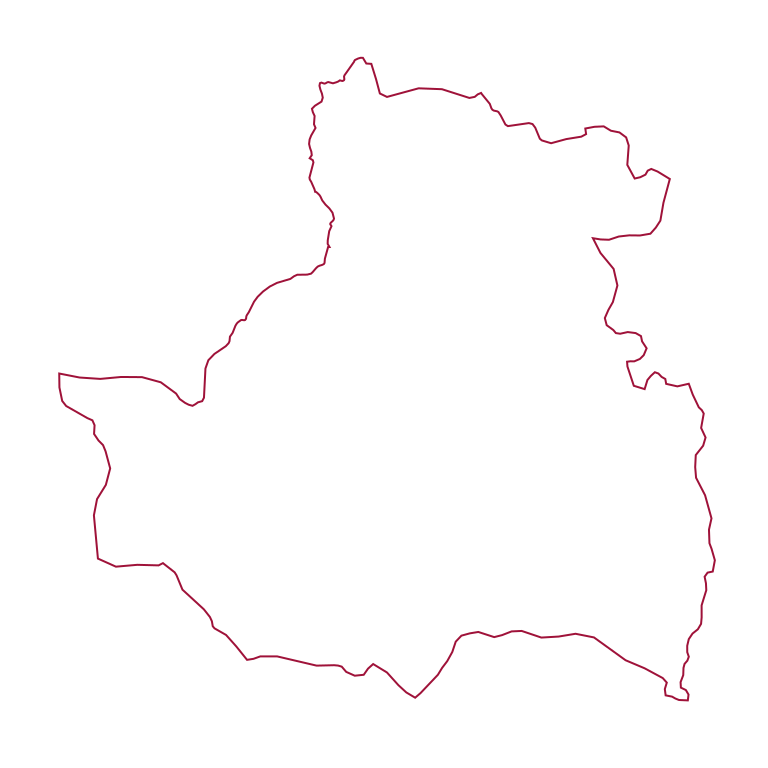 outline of Tabora, rotated 88°
{"feature_id": "TZA-3359", "entity_name": "Tabora", "entity_type": "Region", "adm_level": 1, "iso_a3": "TZA", "parent_name": "United Republic of Tanzania", "parent_adm1": "", "projection": "orthographic", "projection_center": [32.512, -5.492], "detail": "fine", "context": "isolated", "style": "outline", "palette": "rose", "viewbox_px": 768, "rotation_deg": 88, "n_neighbors": 0, "source": "natural_earth", "source_scale": "10m", "svg_char_len": 3912}
<svg xmlns="http://www.w3.org/2000/svg" viewBox="0 0 768 768"><g transform="rotate(88 384 384)"><path d="M710.8,91.4L710.1,100.2L708.5,103.8L706.5,107.0L705.0,113.4L698.7,114.0L692.3,111.8L687.6,115.7L677.2,133.5L668.5,152.2L644.6,183.0L640.3,201.3L642.5,218.3L642.9,235.6L635.6,255.0L635.7,265.1L639.1,274.8L640.8,282.7L635.1,298.4L636.2,306.9L638.2,315.4L644.0,321.3L654.2,325.1L663.2,330.5L669.7,335.8L676.5,340.3L694.2,358.3L698.6,363.8L693.0,372.5L685.5,380.1L672.4,391.1L663.5,404.6L667.9,409.9L673.9,414.4L674.5,423.4L670.4,431.8L665.0,436.1L663.8,439.7L663.3,443.6L663.1,461.2L652.5,500.3L651.9,517.1L654.1,524.0L654.9,530.5L641.1,540.8L629.3,550.6L622.3,561.9L620.1,563.6L615.1,564.3L610.8,566.1L602.9,571.9L582.5,592.6L568.0,598.0L564.9,599.8L555.3,611.2L557.4,615.6L556.1,636.9L557.2,658.3L548.5,676.0L505.1,678.5L489.0,674.8L475.1,665.5L458.8,660.6L441.6,664.6L435.3,666.9L430.5,671.3L423.8,675.5L415.1,674.7L410.1,676.7L407.7,681.7L394.9,702.4L389.7,706.2L376.1,708.5L362.2,708.2L366.9,688.0L369.0,667.4L367.8,646.5L368.7,625.6L374.5,607.0L386.3,592.1L391.9,588.7L395.9,583.5L397.9,579.9L399.1,576.1L397.6,573.2L395.8,570.5L394.8,566.3L391.4,564.4L362.3,561.9L354.1,558.7L348.0,552.4L340.7,540.8L337.7,537.8L335.8,536.9L331.3,536.3L327.6,533.5L320.5,530.4L318.4,529.0L317.3,527.9L315.2,524.8L315.0,523.8L315.4,521.5L315.2,520.6L314.0,519.6L311.5,519.2L310.3,518.6L307.5,516.6L297.2,511.0L292.4,507.2L287.3,501.6L282.6,494.7L279.2,487.4L275.7,473.9L273.2,470.2L271.8,466.9L272.0,457.0L271.2,453.1L269.7,451.4L265.9,447.9L264.3,446.1L263.5,444.2L262.9,441.9L262.1,440.0L260.9,439.2L256.7,438.7L245.2,435.1L245.2,433.7L242.0,435.4L238.5,435.2L229.3,433.4L224.5,431.0L223.8,431.2L223.1,431.8L222.2,432.2L221.0,431.6L219.2,429.5L218.1,428.6L216.9,428.2L211.0,429.5L206.6,432.5L202.7,436.2L198.4,439.3L194.4,441.0L192.8,442.0L190.6,444.1L189.5,445.5L189.5,446.1L186.9,446.7L179.4,449.7L177.1,451.0L175.1,451.3L160.1,446.8L157.9,447.3L155.8,450.4L152.8,448.2L149.3,448.5L145.5,449.7L141.5,450.5L137.0,449.8L133.1,448.1L125.7,443.5L122.0,444.9L113.7,444.0L109.9,445.6L106.4,446.4L103.5,443.3L99.6,436.6L95.7,435.2L91.6,435.9L87.5,437.3L83.7,438.1L81.1,437.5L80.6,436.1L81.7,433.2L81.5,432.0L80.5,430.1L80.3,429.1L81.7,424.5L80.8,421.1L80.1,419.2L79.0,417.5L79.5,416.0L79.7,414.7L79.0,413.4L78.1,413.0L75.3,413.2L74.1,412.7L60.8,402.6L59.9,402.3L59.2,401.7L57.8,398.5L57.2,396.1L57.3,393.7L63.1,390.5L63.6,385.5L79.1,381.3L93.5,378.0L97.2,371.0L89.7,339.1L91.4,315.8L101.1,288.7L100.2,283.3L97.8,280.2L96.5,276.8L97.7,276.1L107.7,268.5L112.3,267.0L113.7,266.1L114.6,264.7L115.4,261.5L116.1,260.2L119.7,258.0L128.9,253.6L130.6,251.2L128.3,230.1L129.4,226.5L133.1,223.9L144.3,219.7L146.1,217.7L149.2,208.6L145.6,193.3L143.7,178.2L141.3,173.3L135.7,173.9L134.3,164.7L134.2,155.4L138.8,148.4L140.8,139.9L146.0,133.4L154.2,131.1L173.5,133.2L187.4,126.3L186.3,120.7L183.9,115.4L180.0,113.0L178.4,109.4L181.2,103.2L189.1,91.2L212.6,98.4L230.4,102.1L237.2,106.9L243.1,112.5L244.5,122.9L244.0,133.8L244.8,144.2L247.7,154.1L247.1,162.4L245.6,170.1L260.6,163.1L277.0,150.5L293.7,147.3L310.1,152.4L317.7,157.1L325.8,161.0L333.0,159.4L338.1,152.9L341.2,150.5L342.0,146.2L340.6,138.6L341.9,130.7L345.1,125.5L350.4,124.6L357.5,120.3L364.2,123.4L367.9,127.4L370.1,133.1L369.9,136.9L370.2,140.3L375.0,140.1L394.5,134.4L398.2,123.7L389.2,120.6L385.2,117.0L381.7,112.9L383.1,109.4L386.6,106.3L388.8,102.7L393.7,102.0L396.6,90.9L394.4,79.4L405.4,75.8L418.3,70.2L421.2,67.3L424.7,65.5L439.0,68.6L448.7,64.5L456.8,67.2L465.9,74.9L477.9,75.9L488.6,75.4L506.4,67.0L529.7,61.4L540.9,64.3L554.5,64.3L560.1,62.4L571.7,59.5L582.9,62.0L583.8,67.2L587.8,70.3L594.4,69.2L601.3,69.1L616.3,74.3L628.4,74.7L634.8,75.5L640.1,78.9L644.2,84.4L649.6,88.3L656.2,90.1L662.6,90.3L667.2,88.9L671.1,90.5L674.2,93.4L678.2,94.6L685.4,95.1L692.3,98.0L697.8,97.9L700.4,93.0L705.0,90.5L710.8,91.4Z" fill="none" stroke="#9f1239" stroke-width="2"/></g></svg>